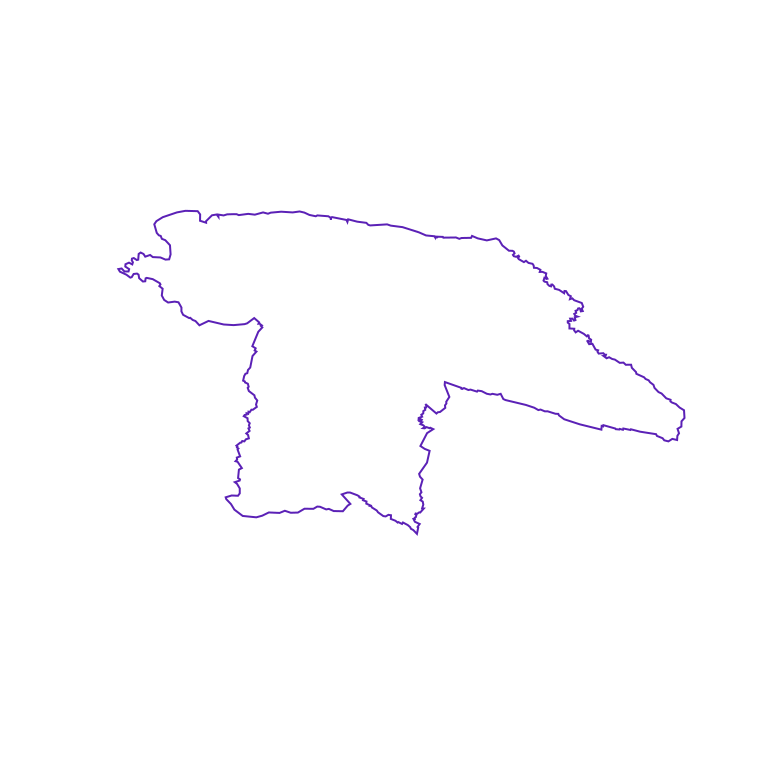 Mueang Nakhon Si Thammarat, Nakhon Si Thammarat, Thailand (Equal Earth projection), rotated 295°
{"feature_id": "78962969B67558639110399", "entity_name": "Mueang Nakhon Si Thammarat", "entity_type": "district", "adm_level": 2, "iso_a3": "THA", "parent_name": "Thailand", "parent_adm1": "Nakhon Si Thammarat", "projection": "equal_earth", "projection_center": [99.961, 8.425], "detail": "fine", "context": "isolated", "style": "outline", "palette": "violet", "viewbox_px": 768, "rotation_deg": 295, "n_neighbors": 0, "source": "geoboundaries", "source_scale": "gbopen_adm2", "svg_char_len": 6161}
<svg xmlns="http://www.w3.org/2000/svg" viewBox="0 0 768 768"><g transform="rotate(295 384 384)"><path d="M471.1,671.5L475.9,669.4L480.2,670.7L487.0,667.0L487.6,661.8L489.2,657.0L488.9,652.8L489.3,650.9L490.8,650.4L490.3,645.9L492.7,639.6L492.7,636.2L494.8,630.8L497.1,628.6L498.0,624.4L499.2,622.3L499.1,618.9L500.0,616.9L499.9,608.4L501.3,607.4L503.4,601.8L505.9,599.8L503.6,595.0L504.6,592.0L502.8,588.7L503.7,582.9L503.1,580.2L503.4,576.7L501.4,574.9L502.2,571.1L503.3,572.9L504.3,572.8L503.8,571.7L504.6,569.8L502.3,565.7L503.5,563.8L505.0,563.8L504.6,561.2L508.5,555.9L506.8,553.1L508.8,550.2L509.4,550.6L509.6,553.7L511.7,553.0L512.0,550.6L514.4,548.9L514.4,548.2L512.9,547.7L513.9,543.9L514.3,537.4L511.8,535.9L513.0,533.6L514.5,533.1L512.7,528.6L516.8,526.7L517.3,524.6L518.6,524.0L520.2,526.8L521.9,525.1L522.9,527.2L521.8,529.4L522.8,530.5L525.1,528.7L526.9,530.9L526.7,528.5L527.9,526.8L529.7,528.1L531.3,526.7L532.7,528.1L534.5,528.0L535.2,529.0L534.9,530.0L533.0,531.7L534.1,533.3L535.8,531.4L538.2,531.9L541.0,529.0L540.3,520.9L541.2,518.5L539.5,516.7L542.5,516.2L542.6,513.5L545.1,509.7L544.6,508.3L542.4,508.9L543.3,502.9L542.5,498.5L544.3,497.0L545.3,494.5L544.8,493.6L543.1,494.1L542.8,492.4L543.6,490.0L545.2,488.9L544.6,486.2L545.1,484.9L548.1,484.5L547.9,486.9L548.5,487.6L550.2,485.0L552.8,484.3L552.6,480.2L551.4,477.8L553.6,477.5L553.8,473.6L552.7,470.8L554.7,469.5L555.7,467.8L554.8,463.8L555.7,460.6L553.6,459.3L554.1,453.4L554.8,452.2L556.6,452.6L557.2,451.7L555.1,450.0L554.7,447.6L555.5,446.3L557.6,447.1L558.9,445.7L559.0,444.1L557.6,440.9L559.6,432.7L563.1,427.6L563.3,424.0L557.6,416.5L555.6,407.4L555.4,401.2L553.3,401.2L549.1,392.6L547.4,390.9L547.2,387.3L541.7,375.9L542.2,375.2L539.9,369.7L538.7,370.7L539.6,369.0L539.3,368.0L538.5,368.3L539.2,367.2L536.4,359.3L536.2,351.5L534.0,334.5L530.4,323.2L530.0,319.4L521.9,304.5L521.6,302.5L522.6,299.9L519.8,291.1L518.1,281.9L515.3,282.4L516.8,280.6L513.3,266.4L512.7,265.7L510.3,266.5L512.1,265.3L512.5,262.7L508.6,252.3L507.2,251.3L505.7,245.0L505.7,239.4L504.7,234.6L500.9,228.7L496.7,218.0L491.4,208.9L489.3,206.9L488.4,201.9L482.9,195.4L480.8,189.0L475.7,181.0L475.6,178.7L474.5,176.2L471.5,170.2L469.0,167.4L467.5,162.2L465.5,163.3L466.9,160.7L464.2,156.8L456.3,153.9L455.0,154.6L454.2,148.3L460.0,145.7L461.9,142.1L457.0,130.8L452.0,123.8L441.7,113.0L435.4,108.9L431.7,108.3L424.9,114.2L423.6,117.1L423.8,119.1L421.7,121.3L421.9,125.0L419.3,131.4L411.3,135.8L406.2,136.6L404.4,133.4L404.2,127.9L401.3,120.8L402.1,117.5L398.5,113.8L400.2,111.1L400.3,107.9L398.2,106.7L392.8,108.7L391.9,107.6L392.4,104.0L391.1,102.6L389.5,103.1L388.2,105.0L386.0,105.3L386.2,101.6L383.3,99.1L381.1,99.9L380.4,104.5L378.0,104.9L376.3,101.2L377.8,97.4L375.9,94.7L374.2,97.2L374.2,104.4L373.2,109.1L374.2,110.2L377.9,110.6L379.7,113.5L379.4,115.3L376.4,117.4L375.0,122.2L376.2,124.2L379.0,123.3L379.9,124.1L381.3,130.1L380.6,138.2L379.8,139.3L377.8,139.0L376.8,143.1L370.3,145.2L367.3,149.2L366.6,153.9L370.2,159.5L371.2,163.2L367.7,168.1L364.2,169.7L361.8,172.7L361.4,179.6L362.1,180.4L361.2,183.5L361.4,186.5L359.2,191.9L367.0,198.3L370.2,213.6L373.8,222.8L379.3,232.3L381.1,234.3L388.9,238.5L387.1,244.8L385.6,244.8L386.1,245.7L385.5,248.5L384.6,247.9L383.9,249.8L378.2,248.0L362.6,248.7L362.1,252.6L359.7,252.6L359.5,254.7L353.8,253.0L342.4,255.8L339.2,254.8L336.0,255.5L334.7,254.1L332.2,253.9L327.5,254.9L327.5,256.8L326.7,257.4L326.7,260.5L324.3,262.5L322.9,262.1L320.5,264.5L319.0,271.3L317.1,272.8L315.5,276.1L311.3,276.7L309.5,278.4L305.2,276.0L304.7,274.7L301.7,274.2L301.6,272.9L299.6,273.5L299.4,271.8L298.2,272.4L297.0,270.8L295.6,270.5L295.3,274.8L292.8,276.1L291.7,278.9L289.5,279.0L287.8,280.8L286.5,279.9L284.7,282.0L281.0,280.1L280.3,282.4L277.6,284.5L275.5,282.2L273.0,281.7L272.4,279.6L270.7,279.5L270.1,278.5L265.7,276.3L265.3,277.6L264.3,277.6L264.0,279.3L262.7,279.0L257.6,284.2L255.1,281.7L253.5,282.8L251.3,282.1L251.6,284.2L247.7,290.7L245.1,288.7L237.1,291.5L236.7,293.8L235.5,294.0L232.0,290.3L231.4,293.0L228.4,297.4L223.9,299.5L221.0,298.9L218.6,293.1L214.4,288.4L213.0,289.7L210.5,296.1L206.9,301.5L204.7,311.7L209.2,324.6L213.2,329.3L218.9,333.9L223.0,343.8L227.2,347.7L227.9,353.9L231.1,360.3L237.3,364.6L241.1,372.8L244.7,375.3L245.7,377.9L245.9,384.6L247.5,386.8L247.6,392.1L251.3,400.5L258.5,402.5L261.1,404.2L266.1,392.4L270.2,396.7L271.3,399.1L271.9,406.9L271.6,409.4L270.8,409.6L271.2,414.1L269.8,414.1L270.1,417.8L268.1,418.5L268.2,423.1L267.6,422.9L267.9,424.1L267.0,425.2L266.3,430.9L265.2,432.8L264.0,439.2L264.7,441.5L267.3,443.3L268.0,445.8L264.6,447.2L264.9,452.2L264.2,454.9L264.9,455.3L264.8,459.5L266.5,459.7L266.2,465.2L265.3,468.3L264.2,469.5L264.0,472.3L262.1,477.2L268.3,475.7L268.6,474.8L272.2,475.5L272.2,470.2L274.1,467.8L274.7,469.0L275.8,468.3L276.8,469.1L279.0,468.7L279.2,467.4L280.0,467.4L280.4,468.9L282.6,470.2L282.8,471.1L288.0,472.7L287.4,471.1L291.3,470.6L293.8,468.8L294.1,466.1L296.9,466.6L297.6,464.6L299.3,463.1L301.7,463.7L304.7,460.8L313.7,459.4L315.2,455.8L317.4,453.8L330.9,456.2L342.7,453.6L342.4,448.3L343.2,443.2L357.7,443.8L363.9,447.7L363.9,444.4L363.2,444.0L362.9,440.8L361.0,439.6L360.5,438.1L362.4,439.2L363.2,437.1L363.0,433.9L365.5,434.8L365.1,430.8L365.7,433.1L367.5,433.4L367.6,431.6L366.3,430.4L367.9,429.8L370.5,432.4L371.9,430.8L373.9,432.0L376.1,431.1L378.0,432.3L379.9,431.0L380.5,432.1L382.1,431.7L383.3,430.0L379.4,444.0L381.1,444.7L382.3,446.6L388.3,449.6L390.4,448.3L392.7,448.8L394.2,447.9L399.9,448.7L408.7,439.4L411.5,438.4L413.2,455.7L412.5,456.0L412.5,456.9L414.1,458.2L414.2,463.0L415.5,464.8L416.4,471.5L417.7,471.8L418.8,475.6L418.6,481.3L419.5,484.9L420.9,486.4L422.1,491.2L424.4,493.9L420.8,498.5L420.8,500.9L425.0,521.5L426.0,530.2L425.6,534.9L427.0,536.7L427.2,541.4L428.4,543.8L429.5,552.1L430.6,554.6L429.5,555.8L428.2,562.2L430.2,578.5L434.5,600.3L438.0,599.0L438.2,600.5L439.4,600.2L441.4,612.5L441.0,613.1L442.2,616.5L442.9,616.6L443.5,619.9L444.8,619.7L446.5,626.8L447.3,626.9L449.0,636.2L453.5,651.8L452.3,653.3L452.6,659.4L451.4,661.8L452.2,666.0L456.1,668.5L457.1,673.3L461.0,671.8L464.0,672.2L467.4,669.0L471.1,671.5Z" fill="none" stroke="#5b21b6" stroke-width="2"/></g></svg>